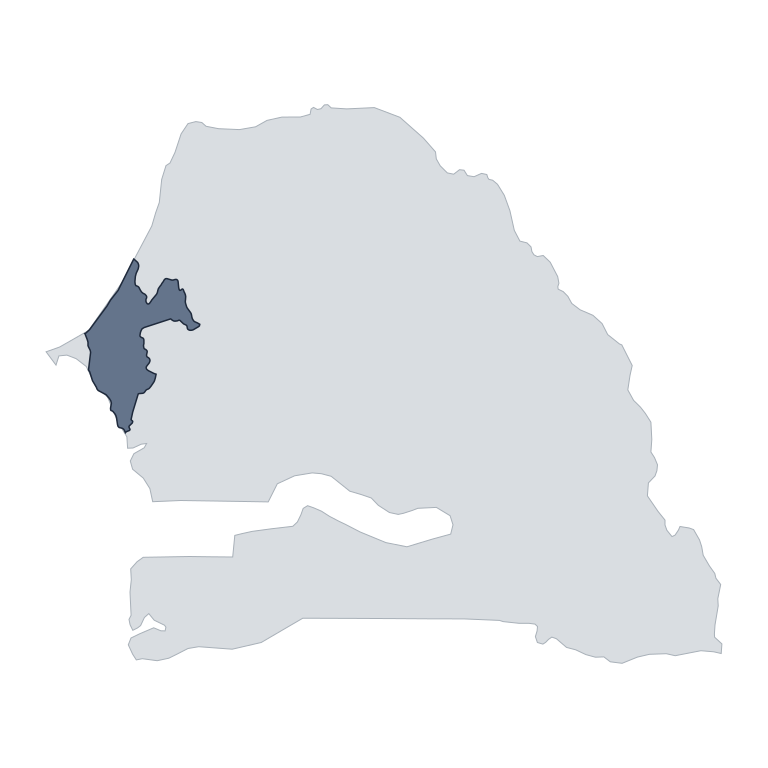 Thiès highlighted on a map of Senegal
{"feature_id": "SEN-768", "entity_name": "Thiès", "entity_type": "Region", "adm_level": 1, "iso_a3": "SEN", "parent_name": "Senegal", "parent_adm1": "", "projection": "natural_earth1", "projection_center": [-16.596, 14.801], "detail": "fine", "context": "in_parent", "style": "filled", "palette": "slate", "viewbox_px": 768, "rotation_deg": 0, "n_neighbors": 0, "source": "natural_earth", "source_scale": "10m", "svg_char_len": 6273}
<svg xmlns="http://www.w3.org/2000/svg" viewBox="0 0 768 768"><path d="M621.8,344.9L632.2,365.5L630.0,375.4L627.8,389.9L633.6,400.4L640.5,407.2L645.4,413.5L650.9,422.2L651.8,439.5L650.9,452.0L654.5,457.6L657.5,464.8L656.9,470.7L655.0,476.0L648.4,482.9L647.4,495.9L658.1,511.5L665.0,520.1L665.0,525.0L666.9,530.3L672.0,536.6L675.1,535.1L678.5,530.0L680.0,526.5L689.2,528.0L693.6,529.6L699.5,539.9L701.7,546.7L703.2,555.3L709.4,565.9L714.8,573.5L715.9,578.2L720.7,584.5L717.8,598.7L718.2,605.9L715.0,624.9L714.4,633.9L714.6,637.2L721.9,643.9L721.2,653.5L713.8,651.8L700.9,650.7L675.2,655.7L666.3,653.7L649.4,654.3L637.4,657.1L622.1,663.3L610.3,661.8L603.9,656.9L595.4,657.2L585.9,654.6L575.7,649.8L566.5,647.4L556.4,638.7L551.8,637.1L548.5,639.4L545.7,642.3L542.9,644.1L537.4,642.5L535.4,636.6L537.1,630.9L537.5,626.5L535.0,624.1L528.9,623.3L519.0,623.3L503.2,621.6L499.5,620.4L464.0,618.9L427.1,618.8L395.9,618.6L356.4,618.4L328.7,618.3L302.8,618.2L282.9,629.8L261.2,642.5L232.2,649.2L198.7,646.7L188.0,648.5L176.9,654.2L168.8,658.2L157.2,660.7L142.3,658.7L136.3,659.9L132.6,654.1L128.3,644.8L131.0,638.0L140.1,633.6L153.7,627.8L160.9,630.8L165.1,630.9L165.9,627.2L164.5,625.2L154.2,620.2L148.8,613.6L144.4,617.5L140.6,625.6L137.4,628.0L132.8,630.3L130.1,624.8L129.0,619.4L131.1,615.3L130.0,592.1L131.3,579.7L130.7,568.9L137.1,561.7L143.2,557.3L167.2,556.9L189.4,556.5L210.8,556.8L232.7,557.0L234.8,535.4L241.7,533.7L252.1,531.4L271.3,528.8L292.8,526.3L297.4,522.0L300.9,514.8L303.2,508.4L307.6,505.7L313.6,507.8L321.5,511.2L329.6,516.4L339.0,521.3L345.3,524.3L360.2,532.0L385.9,542.6L406.9,546.8L432.4,539.1L450.7,534.1L453.0,524.8L450.1,515.7L436.4,507.4L417.8,508.3L412.1,510.5L403.4,513.3L398.2,514.4L389.4,512.5L378.3,505.3L371.3,498.0L361.4,494.6L349.8,491.2L331.2,476.3L321.4,473.7L312.2,472.9L294.6,475.8L277.3,483.8L268.2,501.9L251.0,501.6L214.3,501.0L180.6,500.5L152.7,501.7L149.9,488.6L143.3,478.1L132.6,469.2L130.3,461.0L133.9,453.7L144.2,447.8L146.6,443.5L141.2,444.2L133.0,448.0L127.6,448.2L126.9,436.8L117.8,422.0L107.6,397.0L96.0,386.7L86.3,366.5L76.2,358.7L66.9,355.1L58.9,355.9L56.0,365.1L46.1,351.8L59.7,347.0L88.7,330.4L121.9,282.6L151.8,226.0L155.7,212.7L159.3,202.5L161.7,179.4L166.0,165.6L170.0,163.0L175.0,152.4L181.1,133.9L188.0,123.6L195.8,121.6L201.8,122.5L206.1,126.3L218.6,128.7L239.5,129.6L255.6,126.8L267.0,120.4L281.9,117.1L300.4,117.0L310.1,114.3L311.1,109.0L313.5,107.4L317.4,109.5L321.0,108.7L324.4,104.9L327.8,104.7L331.2,107.9L346.7,108.9L374.3,107.6L399.9,117.3L423.4,138.1L435.5,151.9L436.3,158.9L440.2,165.8L447.3,172.9L453.7,174.2L459.5,169.7L464.0,170.2L467.4,175.6L474.1,176.7L481.5,173.4L486.8,174.5L487.8,177.7L489.0,179.4L492.6,180.2L497.5,184.3L504.3,195.3L509.9,210.7L514.3,230.4L519.9,241.1L527.0,242.9L531.0,246.9L531.9,251.6L533.9,254.8L537.3,256.6L543.2,255.5L550.2,262.2L557.7,276.6L558.9,283.2L557.8,286.7L558.2,289.2L563.2,291.6L567.9,296.4L571.8,303.5L580.1,309.8L592.9,315.3L602.1,323.6L607.7,334.6L619.4,343.9L621.8,344.9Z" fill="#d9dde1" stroke="#a8b0b8" stroke-width="1"/><path d="M84.8,333.6L85.8,333.1L89.6,329.6L107.0,306.0L110.5,300.1L118.1,290.4L133.4,259.7L133.8,259.0L134.3,259.4L137.6,262.4L138.1,263.3L138.6,264.8L138.7,265.5L138.7,266.4L138.2,268.9L136.2,273.3L135.4,276.3L134.9,281.7L135.2,284.2L135.8,285.6L136.7,285.9L138.0,286.5L138.6,287.0L139.0,287.5L139.3,288.1L140.1,289.7L141.4,291.8L141.8,292.2L142.2,292.6L143.1,293.3L144.9,294.2L145.5,294.8L146.3,295.8L146.6,296.4L146.7,297.1L146.6,297.7L146.5,298.2L146.2,298.7L146.1,299.1L145.9,299.6L146.0,301.7L146.6,302.8L147.0,303.5L147.6,303.9L148.1,304.0L148.7,303.9L149.2,303.6L149.6,303.2L151.0,301.3L151.6,300.2L156.5,294.3L157.1,293.2L157.5,291.9L157.8,290.5L158.4,288.6L160.1,286.1L160.9,285.2L162.1,283.1L163.2,281.7L164.1,280.1L164.4,279.6L164.9,279.2L165.4,278.8L166.0,278.6L166.9,278.6L172.0,280.1L173.3,280.0L175.0,279.5L175.6,279.4L176.7,279.5L177.2,279.9L177.7,280.4L177.9,280.9L178.1,281.6L178.7,287.7L179.1,289.3L179.5,290.1L180.0,290.4L180.5,290.3L180.9,290.0L181.9,289.2L182.5,289.0L182.9,289.2L183.3,289.7L184.2,292.1L184.5,292.6L184.9,293.5L185.4,294.8L185.7,296.5L185.5,299.8L185.4,300.4L185.3,301.5L185.4,302.5L185.7,303.8L186.7,307.0L187.3,308.1L190.5,312.5L191.1,313.5L191.3,314.2L191.5,314.9L191.9,317.2L192.2,318.1L192.5,319.0L193.3,320.3L193.8,321.0L194.4,321.5L194.9,321.8L197.4,322.9L199.8,324.3L199.4,325.9L198.5,326.7L193.2,329.8L191.9,330.2L190.5,330.3L189.5,330.2L188.8,329.9L188.3,329.6L187.8,329.2L187.5,328.7L187.3,328.1L187.2,327.4L187.1,326.7L186.9,326.0L186.5,325.4L185.8,324.9L184.0,324.1L183.5,323.8L179.9,320.4L179.3,320.2L178.9,320.2L178.7,320.3L178.0,320.6L177.2,320.9L175.6,321.1L174.6,321.1L173.8,321.0L172.8,320.5L171.6,319.7L171.3,319.4L171.0,319.1L170.6,318.9L144.2,327.5L142.1,328.8L141.1,330.6L140.4,332.6L139.9,335.5L140.0,336.1L140.2,336.4L140.9,337.1L141.3,337.4L142.3,337.8L142.8,338.0L143.3,338.4L143.6,338.9L143.8,339.5L143.9,340.3L143.9,343.6L143.6,344.9L143.5,345.6L143.7,347.1L143.9,347.9L144.1,348.5L144.5,348.9L145.6,349.4L146.1,349.8L146.5,350.2L146.9,350.6L147.1,351.1L147.2,351.7L147.1,352.3L146.8,353.7L146.6,354.7L146.6,355.8L146.8,356.4L147.1,356.9L147.6,357.2L148.6,357.8L149.0,358.2L149.4,358.6L149.7,359.2L149.9,359.9L150.0,360.7L149.7,361.8L149.1,363.1L147.5,365.1L146.7,366.2L146.2,367.1L146.2,367.9L146.4,368.6L146.6,369.2L147.0,369.6L148.3,370.6L153.8,373.4L156.1,374.2L155.3,378.1L154.5,380.7L154.0,381.8L151.1,386.1L149.3,388.3L148.3,389.0L147.2,389.4L146.6,389.7L145.8,390.4L144.7,392.0L144.3,392.4L143.9,392.8L143.3,393.1L142.7,393.3L139.1,393.6L138.6,393.7L138.2,394.0L132.7,412.1L131.1,419.5L131.4,420.0L131.8,420.4L132.3,420.8L132.7,421.3L132.6,422.1L132.2,423.1L129.4,425.8L129.0,426.4L129.1,427.5L129.4,428.1L129.7,428.7L130.0,429.2L129.9,429.9L129.4,430.5L126.3,431.7L125.4,432.7L124.4,430.3L123.4,429.0L122.0,428.2L119.1,427.5L118.0,426.3L117.5,424.5L116.5,417.6L115.8,415.4L114.9,413.8L112.9,411.4L111.9,410.8L111.2,410.6L110.7,410.1L110.5,408.4L110.7,407.1L111.2,404.5L111.4,403.1L110.8,400.9L109.5,398.7L106.1,394.7L98.2,390.5L97.0,389.0L96.4,387.3L92.5,380.7L89.7,371.8L88.5,370.0L88.5,369.9L90.6,352.4L90.4,351.2L90.1,350.1L88.4,346.7L88.0,345.6L88.0,342.5L87.9,341.8L87.2,339.5L85.0,333.8L84.8,333.6Z" fill="#64748b" stroke="#1e293b" stroke-width="1.5"/></svg>